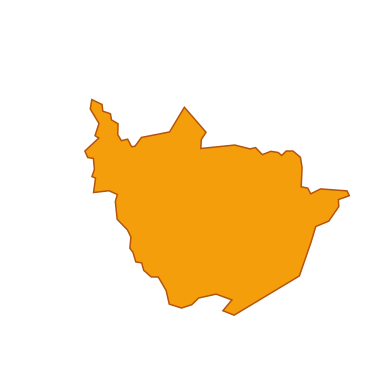 the district of Breathitt, Kentucky, United States of America, rotated 220°
{"feature_id": "52423323B29918739133178", "entity_name": "Breathitt", "entity_type": "district", "adm_level": 2, "iso_a3": "USA", "parent_name": "United States of America", "parent_adm1": "Kentucky", "projection": "orthographic", "projection_center": [-83.252, 37.515], "detail": "fine", "context": "isolated", "style": "filled", "palette": "amber", "viewbox_px": 384, "rotation_deg": 220, "n_neighbors": 0, "source": "geoboundaries", "source_scale": "gbopen_adm2", "svg_char_len": 1044}
<svg xmlns="http://www.w3.org/2000/svg" viewBox="0 0 384 384"><g transform="rotate(220 192 192)"><path d="M328.2,198.4L323.3,190.2L307.3,184.7L302.5,172.8L298.1,173.4L300.4,154.5L294.0,151.4L289.1,154.3L281.3,146.6L278.6,139.5L274.8,140.6L267.1,128.3L256.4,139.6L247.6,142.1L244.6,135.4L231.8,123.0L217.2,121.5L209.9,118.3L203.4,108.9L198.5,107.9L190.1,102.3L185.0,105.3L178.7,101.0L168.7,100.7L163.2,105.2L148.6,100.0L137.4,91.5L125.4,96.4L119.7,105.6L118.8,115.0L108.0,129.2L92.1,135.0L92.0,120.9L80.6,124.7L55.8,196.7L68.4,229.7L75.0,245.1L68.5,257.7L70.2,275.2L75.0,280.3L69.1,290.3L74.0,292.5L95.5,277.0L99.9,266.9L105.8,269.4L111.7,266.2L123.4,281.5L131.3,288.3L141.0,288.3L146.2,283.9L146.8,277.6L151.3,277.7L157.7,273.9L162.2,265.8L171.8,266.9L175.3,262.3L189.4,255.5L213.2,231.0L218.6,238.2L219.7,246.8L252.3,252.0L247.8,223.6L265.8,201.3L265.1,190.3L267.5,187.9L275.3,191.1L279.1,185.9L285.7,188.2L292.5,196.7L300.0,195.5L304.8,199.5L312.3,196.6L317.1,201.2L328.2,198.4Z" fill="#f59e0b" stroke="#b45309" stroke-width="1.5"/></g></svg>